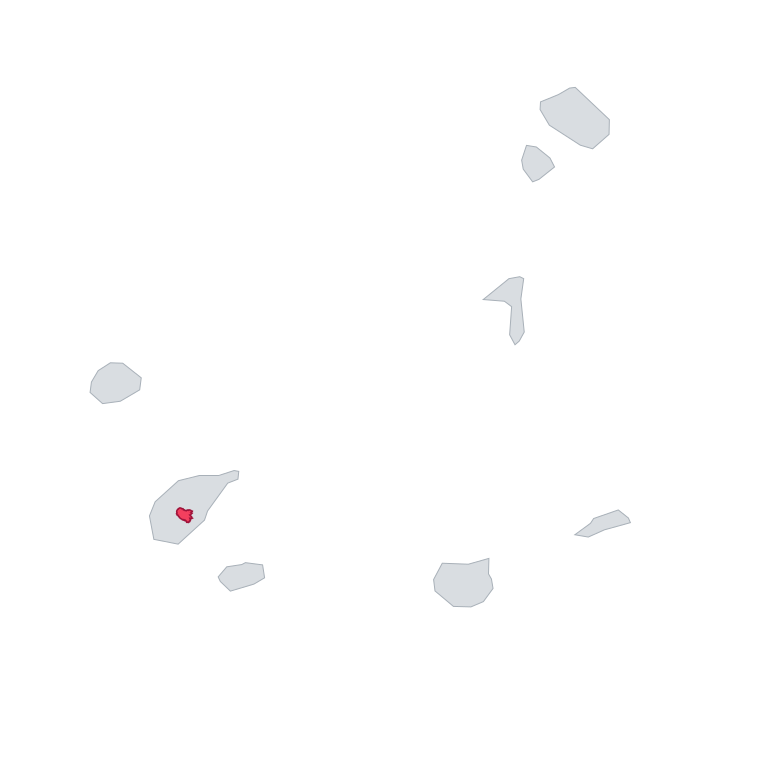 Sao Lourenco Dos Orgaos, São Salvador do Mundo, Cabo Verde shown in context, rotated 75°
{"feature_id": "66160863B72941798312267", "entity_name": "Sao Lourenco Dos Orgaos", "entity_type": "district", "adm_level": 2, "iso_a3": "CPV", "parent_name": "Cabo Verde", "parent_adm1": "São Salvador do Mundo", "projection": "equal_earth", "projection_center": [-23.584, 15.067], "detail": "fine", "context": "in_parent", "style": "filled", "palette": "rose", "viewbox_px": 768, "rotation_deg": 75, "n_neighbors": 0, "source": "geoboundaries", "source_scale": "gbopen_adm2", "svg_char_len": 4306}
<svg xmlns="http://www.w3.org/2000/svg" viewBox="0 0 768 768"><g transform="rotate(75 384 384)"><path d="M485.4,624.3L474.5,646.5L450.7,644.7L438.5,635.5L424.2,607.6L424.6,586.1L429.6,567.4L428.8,551.2L430.8,546.9L438.1,549.7L439.3,560.6L461.0,587.3L469.0,592.6L485.4,624.3ZM176.8,157.3L159.3,162.2L152.0,159.8L149.6,140.7L146.2,128.1L147.0,122.5L187.0,97.9L201.1,102.0L210.8,121.6L204.1,132.6L176.8,157.3ZM579.6,327.8L594.5,332.2L600.2,330.7L609.7,331.6L619.9,344.3L621.8,357.7L616.8,374.5L597.1,388.3L585.7,386.7L572.2,374.1L579.9,349.2L579.6,327.8ZM330.1,660.9L316.1,670.1L306.4,666.1L297.1,656.6L292.7,642.8L296.3,631.0L315.2,616.9L326.4,621.5L332.4,643.2L330.1,660.9ZM370.1,235.1L377.5,242.2L380.0,247.3L369.0,249.9L342.3,240.7L335.2,246.3L328.1,266.3L314.6,236.1L315.5,225.1L318.4,221.8L337.3,229.8L370.1,235.1ZM532.4,593.2L527.4,594.1L519.9,583.2L521.6,568.1L520.7,564.1L527.3,548.1L540.3,549.5L543.6,561.4L544.3,586.0L532.4,593.2ZM227.2,188.1L212.5,193.9L203.4,193.1L190.4,184.6L194.5,175.5L208.7,165.2L218.5,163.1L226.4,181.3L227.2,188.1ZM584.7,226.3L579.0,238.7L572.0,220.6L568.2,216.3L566.3,190.3L576.7,182.6L581.7,181.9L581.9,208.8L584.7,226.3Z" fill="#d9dde1" stroke="#a8b0b8" stroke-width="1"/><path d="M457.8,602.3L457.8,602.2L457.7,602.2L457.4,602.1L457.2,602.0L457.0,602.4L456.9,602.6L456.7,602.8L456.6,603.0L456.4,603.1L456.2,603.2L456.1,603.3L455.9,603.4L455.8,603.5L455.7,603.8L455.6,604.0L455.4,604.2L455.4,604.3L455.2,604.6L455.3,605.0L455.4,605.3L455.5,605.4L455.4,605.5L455.1,605.7L455.1,605.8L454.9,605.8L454.8,606.1L454.9,606.3L455.0,606.4L455.0,606.6L455.0,606.9L454.9,607.1L454.9,607.3L455.0,607.4L455.0,607.5L455.3,607.7L455.3,607.8L455.2,608.0L454.9,608.3L454.8,608.6L454.7,608.9L454.6,609.1L454.3,609.1L454.2,609.3L454.0,609.5L453.9,609.5L453.8,609.9L453.7,609.8L453.6,610.0L453.4,610.0L453.2,610.3L452.9,610.4L452.8,610.5L452.7,610.6L452.4,610.5L452.3,610.8L452.2,611.0L452.1,611.3L452.1,611.5L452.0,611.8L451.9,611.8L451.7,611.9L451.5,612.0L451.3,612.2L451.1,612.4L451.1,612.5L451.0,613.3L450.8,613.6L451.0,613.9L451.1,614.2L451.1,614.6L451.5,615.0L451.4,615.1L451.5,615.4L451.5,615.5L451.8,615.7L451.8,615.8L452.0,616.0L452.1,616.3L452.4,616.6L452.6,616.8L452.8,616.9L453.0,617.0L453.3,617.1L453.5,617.3L453.8,617.3L454.0,617.3L454.3,617.3L454.6,617.4L454.8,617.3L454.9,617.5L455.0,617.5L455.3,617.5L455.5,617.9L455.6,618.0L455.8,617.8L456.0,617.7L456.3,617.7L456.3,617.8L456.5,617.8L456.8,617.9L457.0,617.8L457.1,617.6L457.1,617.4L457.1,617.1L457.4,617.0L457.5,617.1L457.8,617.1L458.0,617.0L458.1,616.9L458.3,616.9L458.5,616.8L458.5,616.7L458.8,616.5L459.0,616.4L459.3,616.3L459.4,616.2L459.5,616.2L459.6,616.3L459.8,616.3L460.1,616.2L460.3,616.0L460.5,615.8L460.7,615.7L460.9,615.5L461.0,615.5L461.3,615.4L461.8,614.8L461.9,614.7L462.0,614.6L462.1,614.4L462.3,614.2L462.5,614.1L462.8,614.0L462.8,613.9L463.0,613.8L463.0,613.7L463.2,613.4L463.3,613.3L463.5,613.0L463.3,613.1L463.3,612.7L463.2,612.5L463.5,612.3L463.5,612.2L463.7,611.8L463.8,611.6L464.0,611.5L464.1,611.3L464.2,611.1L464.3,611.1L464.5,610.9L464.7,611.0L464.7,610.9L464.9,610.8L465.0,610.7L465.3,610.5L465.5,610.5L465.8,610.4L466.1,610.5L466.3,610.5L466.4,610.4L466.5,610.4L466.5,610.2L466.7,609.9L466.6,609.5L466.6,609.4L466.6,609.2L466.8,609.2L466.8,608.9L466.7,608.8L466.8,608.7L467.0,608.6L466.9,608.5L466.9,608.4L466.9,608.1L466.8,607.9L466.8,607.7L466.7,607.7L466.6,607.4L466.4,607.4L466.4,607.2L466.2,606.9L466.1,607.0L465.8,607.0L465.8,606.9L465.7,606.8L465.6,606.7L465.4,606.6L465.3,606.4L465.2,606.3L465.3,606.2L465.1,605.9L464.9,606.0L464.6,606.1L464.4,606.1L464.1,606.3L463.9,606.3L463.5,606.4L463.4,606.4L463.5,606.2L463.6,605.8L463.6,605.6L463.6,605.4L463.8,605.2L463.9,604.9L464.0,604.7L464.1,604.2L464.0,603.8L463.9,603.9L463.7,604.0L463.5,604.3L463.3,604.4L463.1,604.4L462.9,604.4L462.7,604.2L462.3,604.2L462.2,604.3L461.9,604.5L461.7,604.6L461.6,604.8L461.3,604.9L461.0,605.1L460.9,605.3L460.7,605.4L460.4,605.4L460.2,605.5L460.2,605.3L460.2,605.1L460.2,604.8L460.2,604.6L460.1,604.4L459.9,604.2L459.7,603.8L459.5,603.7L459.4,603.2L459.2,603.4L458.8,603.4L458.7,603.5L458.7,603.4L458.5,603.5L458.4,603.6L458.2,603.6L457.9,603.5L457.8,603.3L457.7,603.1L457.4,603.0L457.4,602.9L457.4,602.7L457.5,602.7L457.7,602.4L457.8,602.3Z" fill="#f43f5e" stroke="#9f1239" stroke-width="1.5"/></g></svg>